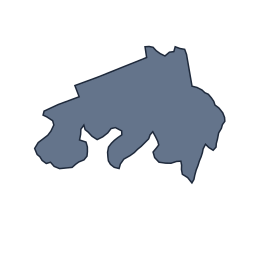 outline of Arvoredo, Santa Catarina, Brazil, rotated 252°
{"feature_id": "56859067B69184854266350", "entity_name": "Arvoredo", "entity_type": "district", "adm_level": 2, "iso_a3": "BRA", "parent_name": "Brazil", "parent_adm1": "Santa Catarina", "projection": "orthographic", "projection_center": [-52.454, -27.062], "detail": "fine", "context": "isolated", "style": "filled", "palette": "slate", "viewbox_px": 256, "rotation_deg": 252, "n_neighbors": 0, "source": "geoboundaries", "source_scale": "gbopen_adm2", "svg_char_len": 1598}
<svg xmlns="http://www.w3.org/2000/svg" viewBox="0 0 256 256"><g transform="rotate(252 128 128)"><path d="M166.5,51.2L163.8,54.1L158.2,58.6L153.8,58.4L148.9,53.8L145.9,49.5L143.6,43.0L141.9,38.1L137.4,32.9L130.9,33.4L127.9,35.3L123.7,36.3L119.5,39.3L119.4,43.7L114.3,45.9L110.5,50.4L109.1,56.9L107.8,62.7L109.7,67.0L110.9,70.7L111.3,76.3L113.9,80.3L118.0,82.1L122.5,83.5L127.6,83.7L131.6,78.2L136.6,81.0L141.4,82.8L144.4,86.9L139.7,86.7L136.5,88.8L131.3,91.2L126.5,95.1L127.4,101.2L129.6,107.2L132.7,111.7L132.3,116.1L127.2,121.1L123.4,120.0L122.0,115.4L120.5,111.3L118.6,107.5L115.9,103.6L111.3,101.1L106.5,99.9L102.8,99.2L98.8,100.1L94.9,102.7L92.2,107.0L96.1,109.6L99.7,114.4L101.1,121.4L102.7,126.4L104.8,130.5L106.5,134.9L109.0,139.8L111.3,144.3L114.7,146.9L116.8,150.4L111.1,151.5L106.1,152.2L102.4,152.0L100.1,148.7L97.4,144.4L91.6,144.2L85.9,146.9L83.0,152.8L81.2,158.0L81.2,163.8L80.1,168.0L76.1,167.5L72.0,166.0L67.2,165.4L62.4,169.4L56.0,171.8L58.7,174.8L62.6,177.0L67.0,179.9L70.5,182.8L74.6,185.7L78.0,188.6L81.5,191.1L84.9,193.0L88.6,196.7L84.5,198.8L80.5,202.1L82.6,205.8L86.0,207.2L89.7,209.6L95.3,212.7L98.8,216.7L102.0,218.8L104.5,222.2L108.2,223.1L113.2,222.8L118.8,220.7L123.0,217.8L126.8,217.8L130.9,216.6L135.3,214.8L137.8,212.0L141.3,210.1L145.2,206.2L148.0,201.8L179.9,206.4L185.3,206.2L187.6,201.9L190.7,198.0L186.5,195.2L187.3,190.8L185.1,185.4L188.8,181.6L192.8,178.7L197.0,176.8L199.0,173.3L200.0,169.3L189.3,167.5L188.0,148.5L187.6,142.4L185.7,114.4L184.8,90.6L172.8,91.2L171.9,69.0L170.0,53.4L166.5,51.2Z" fill="#64748b" stroke="#1e293b" stroke-width="1.5"/></g></svg>